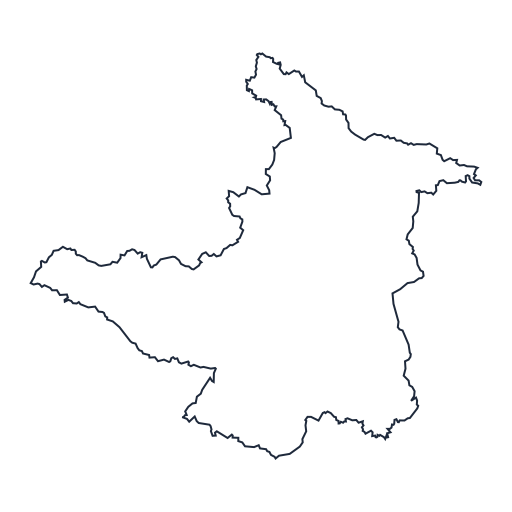 Timbío, Cauca, Colombia
{"feature_id": "7082276B22377249652696", "entity_name": "Timbío", "entity_type": "district", "adm_level": 2, "iso_a3": "COL", "parent_name": "Colombia", "parent_adm1": "Cauca", "projection": "albers", "projection_center": [-76.71, 2.382], "detail": "fine", "context": "isolated", "style": "outline", "palette": "slate", "viewbox_px": 512, "rotation_deg": 0, "n_neighbors": 0, "source": "geoboundaries", "source_scale": "gbopen_adm2", "svg_char_len": 6021}
<svg xmlns="http://www.w3.org/2000/svg" viewBox="0 0 512 512"><path d="M257.3,54.1L256.8,55.0L258.4,56.9L256.3,60.0L256.9,62.7L255.8,66.3L256.6,69.0L255.4,71.5L256.0,74.7L254.4,77.6L251.2,77.2L249.8,80.7L246.2,79.8L246.2,81.7L247.8,84.0L246.8,85.6L246.9,90.2L248.9,91.1L249.1,89.0L252.1,90.3L252.2,93.4L256.2,95.7L255.9,96.9L254.3,97.4L255.8,98.1L256.1,99.4L260.9,99.0L261.0,101.2L264.1,102.0L263.7,99.5L266.2,99.4L268.6,101.2L269.9,103.9L270.7,102.0L271.6,101.9L271.9,104.8L273.4,104.3L274.6,106.3L276.3,106.3L274.7,110.1L281.1,115.2L281.5,118.6L283.2,119.6L283.3,121.3L285.2,121.1L284.5,125.1L285.6,124.9L289.7,127.9L290.9,137.9L280.7,142.0L276.5,147.0L274.6,148.2L273.6,147.7L274.7,153.2L274.1,160.0L272.3,164.6L268.9,169.1L265.9,169.1L265.8,174.0L269.8,176.5L270.1,180.3L266.8,185.5L269.2,190.2L269.5,193.6L261.7,194.3L254.5,189.8L247.4,187.2L245.5,193.1L241.0,194.4L238.9,196.5L233.3,192.2L228.7,190.9L229.1,196.2L226.7,198.5L228.2,200.4L228.2,202.3L230.1,203.7L230.2,206.3L229.1,208.0L232.3,214.8L234.0,216.0L239.6,216.5L240.4,218.3L242.3,219.4L242.4,221.6L240.2,227.7L243.2,230.2L239.8,238.0L237.0,239.8L238.1,241.8L232.4,245.3L230.2,244.9L226.5,248.1L223.9,249.0L220.6,255.3L216.5,256.4L213.8,254.0L211.6,255.8L209.2,256.0L205.8,252.3L202.2,253.9L198.4,259.5L201.5,262.3L200.2,263.0L199.1,265.4L193.6,269.4L191.8,269.0L188.8,266.4L185.5,266.2L181.0,263.9L179.0,260.3L175.1,257.1L172.9,256.7L160.6,259.4L156.3,264.6L153.8,265.5L152.4,267.4L150.9,267.3L146.9,258.8L146.3,255.1L141.6,257.2L142.3,252.8L140.2,252.2L137.7,253.6L134.5,250.0L132.1,249.3L129.5,250.8L127.2,251.0L124.5,255.4L120.6,254.7L120.5,258.1L117.2,262.7L112.5,261.8L110.4,264.3L101.3,265.9L98.7,265.4L95.2,262.8L87.3,260.4L85.5,258.2L82.8,256.7L79.0,255.1L77.1,255.2L75.8,253.7L75.8,251.5L74.6,249.8L71.4,250.0L70.4,248.5L67.2,249.2L62.9,246.8L58.5,250.1L53.6,250.8L51.8,254.9L48.9,257.3L46.4,262.2L44.8,262.5L41.9,260.9L40.9,261.5L41.2,266.9L36.0,271.4L34.0,277.3L30.7,283.1L33.6,284.5L37.6,283.6L39.5,284.1L41.9,286.9L44.4,285.2L50.2,287.9L52.1,290.3L56.9,290.2L59.9,295.0L66.9,294.5L67.9,297.6L64.6,299.9L64.8,301.7L68.4,299.9L71.3,301.0L73.0,303.2L76.7,303.5L78.8,302.1L80.4,304.2L88.3,307.4L95.1,306.6L98.5,311.6L102.5,312.0L104.0,312.9L105.3,316.4L107.2,317.4L107.1,319.5L112.8,321.4L119.5,327.2L130.3,341.2L132.2,342.7L135.6,343.6L137.6,348.1L139.3,350.3L141.9,351.1L143.0,353.5L149.1,355.0L149.5,357.6L154.9,357.2L158.0,361.2L164.0,359.6L169.1,362.0L170.3,361.3L171.3,358.2L173.1,357.2L174.9,358.9L177.3,358.4L178.9,362.3L181.4,363.6L188.2,361.5L188.9,362.4L188.4,364.7L190.9,366.2L193.8,364.8L200.5,367.5L203.5,366.9L210.8,368.6L215.1,368.0L215.8,368.7L213.9,373.1L213.7,382.0L212.0,381.0L210.1,377.8L202.2,389.8L200.8,393.7L196.9,396.7L195.7,403.0L192.5,403.4L188.3,406.8L185.2,411.4L186.7,415.0L184.8,415.3L183.7,417.1L182.2,417.1L187.0,418.9L189.2,421.7L194.7,416.5L196.7,421.1L198.7,423.0L209.5,424.7L210.6,426.1L211.5,429.4L210.9,431.1L212.6,435.8L215.7,435.6L215.0,432.7L216.8,431.3L227.6,438.0L231.8,434.6L232.7,435.5L232.6,437.6L238.3,437.8L238.3,441.1L242.3,442.4L245.0,446.3L254.1,447.1L258.7,445.2L260.0,448.4L266.1,449.2L267.2,451.2L269.4,451.9L271.0,454.9L274.6,456.8L275.6,458.5L279.0,455.7L289.7,453.9L299.8,446.6L302.7,442.4L302.4,439.1L306.2,431.3L305.5,425.3L306.3,420.9L305.3,420.0L307.5,416.9L311.1,416.9L318.5,420.6L322.8,413.0L324.5,412.2L325.5,413.1L327.5,411.5L330.8,413.1L334.1,416.8L335.9,417.2L336.3,420.0L338.5,420.9L338.6,423.5L339.7,423.4L340.8,421.8L343.1,422.7L344.3,421.4L345.9,421.5L345.5,419.1L347.5,418.3L352.3,420.3L356.3,420.0L358.6,422.7L362.8,421.3L362.4,423.6L363.5,425.4L361.9,427.3L363.0,429.2L362.7,430.9L364.5,431.9L365.5,433.7L371.0,430.7L372.6,432.3L372.2,436.1L375.1,435.6L375.6,437.2L376.5,437.4L377.4,436.8L377.6,434.9L379.3,435.8L380.1,434.9L384.0,437.2L385.2,439.0L386.3,436.0L387.2,437.4L388.1,437.2L387.1,433.3L390.5,432.3L387.6,428.9L389.8,428.9L391.5,427.6L392.0,424.5L393.5,424.8L394.2,423.8L394.5,419.9L396.4,419.2L397.9,422.1L398.8,422.2L399.7,420.4L404.5,420.5L407.7,418.3L409.9,418.0L417.3,408.4L418.2,405.8L416.8,404.5L417.1,400.6L416.0,397.6L411.1,400.8L414.1,396.2L414.6,391.2L412.2,386.9L409.4,385.3L408.6,380.6L403.7,375.7L405.5,368.7L405.0,361.3L408.6,359.6L410.4,356.9L410.8,354.1L409.8,352.7L408.6,344.6L402.6,330.5L399.5,329.4L397.8,327.2L398.5,321.8L393.5,303.9L392.5,293.4L400.2,289.2L407.5,283.1L414.0,282.0L419.1,278.3L421.7,278.1L423.6,275.9L423.0,271.7L420.5,270.4L417.5,264.6L416.6,257.9L414.6,254.4L412.2,253.4L413.7,250.6L412.6,248.9L412.9,247.0L409.4,244.1L408.8,240.7L406.5,239.3L407.7,234.4L412.7,228.0L413.3,221.4L412.8,216.7L417.3,211.3L418.7,203.0L419.0,192.9L416.6,192.1L416.5,191.0L419.3,190.3L421.2,192.1L424.6,191.4L427.4,193.2L431.3,192.7L433.2,194.5L436.3,190.8L435.9,185.3L437.8,185.1L439.5,181.1L443.3,180.2L446.9,183.2L454.8,182.7L458.3,181.9L459.5,180.3L460.5,180.4L462.0,181.7L465.1,182.5L466.0,181.3L465.7,176.1L467.6,175.2L469.4,176.2L469.4,178.6L472.1,182.5L477.8,183.4L480.3,184.8L481.3,182.0L479.1,180.3L475.1,180.3L473.6,178.0L475.8,175.4L474.0,174.1L475.9,169.3L477.6,167.8L474.1,166.6L467.0,166.3L464.0,165.0L459.7,165.5L456.2,163.0L457.0,159.9L453.1,160.1L450.2,158.2L444.2,161.2L442.6,159.8L440.9,155.1L436.8,153.6L437.3,148.3L429.4,143.5L426.3,144.5L416.7,144.1L413.7,144.9L411.0,143.2L408.1,144.7L407.1,143.4L403.7,142.8L400.8,140.5L396.4,140.7L394.2,137.8L389.9,138.5L387.9,136.0L385.2,137.6L381.1,135.0L377.4,135.1L374.3,133.8L367.9,137.2L365.1,139.9L363.6,139.6L355.1,134.6L351.2,131.6L348.6,128.2L348.5,122.9L346.1,119.5L346.0,115.6L345.4,114.5L343.1,114.3L342.6,111.4L339.4,109.8L334.9,109.4L331.7,106.4L328.5,106.7L324.2,105.5L321.6,103.5L321.9,101.1L320.7,98.1L316.7,95.9L315.8,90.4L305.2,82.3L303.8,75.3L302.0,76.9L298.9,71.5L295.9,71.5L294.3,70.5L288.8,74.1L286.5,72.4L285.6,74.2L283.8,74.1L279.7,68.6L280.7,64.9L280.1,62.4L278.3,62.8L278.7,64.3L276.7,63.8L273.0,62.0L273.2,59.0L272.5,57.9L270.7,58.2L269.8,57.2L266.1,56.6L262.3,53.5L260.9,54.3L259.7,53.5L257.3,54.1Z" fill="none" stroke="#1e293b" stroke-width="2"/></svg>